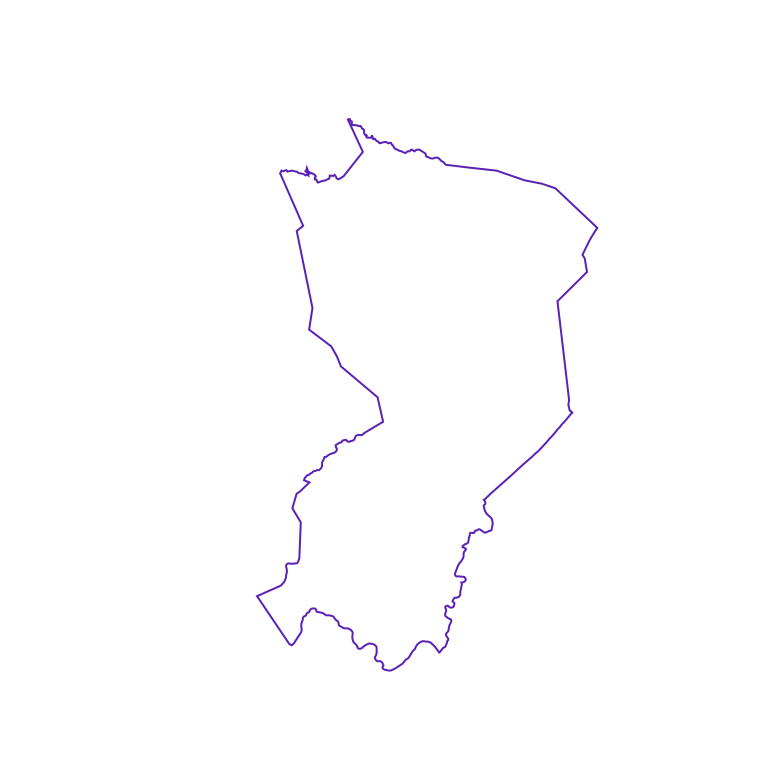 the district of Goh, Fromager, Ivory Coast, rotated 130°
{"feature_id": "98640826B83650084589555", "entity_name": "Goh", "entity_type": "district", "adm_level": 2, "iso_a3": "CIV", "parent_name": "Ivory Coast", "parent_adm1": "Fromager", "projection": "orthographic", "projection_center": [-5.701, 6.152], "detail": "fine", "context": "isolated", "style": "outline", "palette": "violet", "viewbox_px": 768, "rotation_deg": 130, "n_neighbors": 0, "source": "geoboundaries", "source_scale": "gbopen_adm2", "svg_char_len": 6154}
<svg xmlns="http://www.w3.org/2000/svg" viewBox="0 0 768 768"><g transform="rotate(130 384 384)"><path d="M644.1,289.2L643.8,288.5L643.6,287.0L642.7,286.6L640.9,286.2L638.7,286.5L637.4,286.8L635.3,286.9L633.5,287.3L632.0,287.3L627.9,287.9L626.9,288.1L625.5,288.8L622.6,291.8L620.8,293.2L617.2,294.5L615.4,295.8L613.3,295.9L611.8,295.0L611.1,295.1L610.2,295.6L609.1,295.5L608.5,295.6L607.1,294.8L605.2,295.3L604.1,295.4L603.2,295.3L602.3,294.8L601.4,293.9L600.4,292.6L600.3,291.8L600.7,290.6L601.3,290.0L601.7,289.0L599.4,285.0L598.9,283.7L598.5,282.2L598.6,280.6L598.5,279.9L598.2,279.4L596.4,277.3L594.9,274.3L594.7,273.2L595.6,269.9L595.6,266.5L596.2,265.3L597.4,264.0L597.9,263.1L596.9,257.7L594.4,254.5L593.7,251.8L593.7,250.8L594.1,249.1L594.6,248.2L596.2,246.9L597.9,245.9L598.6,245.2L599.9,243.8L601.2,241.7L601.4,240.9L601.7,237.4L602.0,236.3L603.1,234.2L603.0,233.2L602.5,232.4L600.7,231.2L598.2,230.9L595.7,230.2L592.5,228.8L590.7,226.1L590.2,225.1L589.8,222.7L590.1,221.1L590.5,220.4L593.1,218.1L595.6,216.3L596.9,215.8L598.8,215.4L599.6,215.0L600.0,214.4L600.4,213.7L600.7,212.5L600.7,211.1L600.1,210.2L598.9,209.1L598.7,208.5L598.5,206.9L598.8,205.7L599.7,203.7L600.3,203.3L602.0,203.1L602.4,202.5L602.7,201.9L602.7,201.1L602.4,199.7L599.9,195.3L599.1,194.6L595.1,192.7L587.0,190.2L585.7,190.0L581.8,190.2L581.1,190.1L578.6,189.2L577.8,189.2L569.9,190.3L567.0,190.0L564.9,190.7L561.8,191.1L559.2,190.5L557.3,189.8L556.4,189.2L555.2,187.8L554.6,186.6L553.0,184.5L552.2,182.3L552.1,181.5L552.5,176.1L554.2,169.1L553.6,168.9L548.6,169.1L546.2,168.3L545.3,168.3L542.2,169.3L540.0,170.3L538.8,170.3L537.8,171.1L537.1,173.8L536.7,174.7L536.2,175.5L535.4,175.9L531.8,175.9L529.4,177.4L526.9,178.7L523.1,179.7L522.1,180.2L521.6,180.8L521.4,181.6L522.1,183.7L522.3,187.6L521.7,188.8L520.1,189.7L517.8,190.5L517.0,191.3L516.3,192.7L515.5,193.7L514.3,193.8L513.6,193.4L512.8,192.5L512.9,190.7L512.7,189.8L512.4,189.0L511.1,187.9L510.5,187.6L509.7,187.6L506.8,188.9L506.4,190.1L506.5,191.8L504.5,192.4L502.7,192.6L501.9,192.0L501.3,191.2L499.0,189.9L498.2,189.8L497.2,190.0L496.5,190.1L494.1,192.0L487.7,195.4L486.8,196.3L486.4,197.1L485.5,196.3L483.8,195.3L482.9,195.2L481.9,195.3L481.0,195.9L480.6,196.6L480.3,197.6L480.2,198.5L483.0,202.7L484.7,204.7L484.9,205.6L484.7,206.6L483.9,207.5L483.2,207.9L475.7,210.5L472.9,211.0L470.1,211.0L466.4,211.5L464.7,212.4L463.0,213.8L461.7,214.6L460.9,214.8L459.3,214.7L457.7,215.2L457.9,217.4L458.2,218.0L458.4,219.0L457.6,219.6L454.5,218.9L453.7,218.3L452.2,217.7L450.8,217.9L447.7,219.8L445.8,220.7L445.0,220.8L443.7,221.9L442.7,222.2L441.8,221.5L440.4,219.4L439.5,219.3L438.7,219.8L437.6,219.8L436.4,218.7L434.7,218.3L434.1,217.8L433.7,216.4L433.2,211.5L432.4,210.5L429.0,209.0L428.5,208.5L427.2,207.8L426.5,207.9L421.2,210.9L420.5,211.5L418.3,214.3L417.6,216.4L417.6,219.8L417.1,223.4L416.5,224.3L416.0,225.7L415.1,227.0L414.0,228.2L413.6,229.0L412.5,229.5L410.6,229.3L409.6,230.2L409.1,231.1L408.6,233.0L407.3,232.6L399.4,231.8L373.2,227.9L356.2,225.7L345.1,223.9L339.4,223.3L337.1,222.8L334.1,222.5L321.9,222.0L320.4,222.1L315.4,221.8L311.3,221.7L306.7,221.9L304.7,221.6L301.4,221.8L295.9,221.5L286.4,221.5L285.4,221.4L285.1,221.2L284.7,221.6L285.0,222.6L284.7,223.6L284.9,224.3L284.8,225.0L284.2,225.6L283.6,226.5L282.6,227.7L281.7,229.2L277.3,231.9L209.1,304.3L167.7,300.5L158.8,310.9L157.5,315.0L142.5,318.7L139.1,319.4L127.3,321.0L123.9,378.5L129.2,392.0L137.5,407.0L148.2,434.9L163.4,457.7L176.3,477.5L176.2,479.0L175.8,480.4L175.8,481.5L176.3,483.0L175.9,487.7L176.4,488.7L177.8,490.3L179.8,491.4L180.6,492.4L181.2,493.4L181.7,495.7L182.5,497.5L182.4,498.2L180.9,500.2L180.9,501.8L181.1,502.5L181.8,507.7L183.3,509.3L184.5,510.0L186.2,510.2L186.6,513.4L187.4,513.9L188.6,513.9L189.3,514.0L190.7,515.5L192.3,515.8L193.3,516.2L193.7,516.9L194.4,519.2L194.4,520.0L195.6,522.4L195.9,524.3L196.7,526.4L196.3,527.7L196.5,528.2L196.2,529.1L195.6,529.9L195.6,531.5L194.8,533.8L195.6,534.6L196.7,535.2L197.0,536.0L197.0,537.0L197.7,538.5L199.5,540.1L201.9,541.6L202.3,542.1L202.4,543.2L202.0,543.7L202.0,544.3L202.5,545.3L202.6,545.7L202.3,547.8L202.0,548.7L203.4,549.6L203.2,550.3L201.7,552.0L201.5,552.5L201.9,552.8L202.3,552.6L202.4,552.0L203.0,551.8L203.5,552.2L204.4,553.0L206.3,555.7L205.8,556.6L204.7,557.0L204.6,557.4L205.1,557.4L205.4,557.8L205.0,559.9L204.0,561.1L202.8,561.9L202.4,562.5L202.1,564.1L202.4,565.0L201.4,567.8L202.3,568.5L202.6,569.2L202.9,569.7L202.8,570.4L203.9,571.8L204.5,573.2L205.5,573.8L205.8,574.5L205.8,575.3L205.0,576.5L203.6,577.3L203.9,579.0L203.1,580.5L203.5,581.3L204.7,581.5L219.8,549.4L251.0,548.5L254.9,549.8L256.6,550.6L256.9,552.6L256.0,554.2L255.6,556.3L257.4,556.7L258.2,558.2L259.3,559.5L260.5,558.5L262.2,558.1L263.9,559.1L265.7,559.8L268.6,562.1L272.1,564.0L271.8,565.8L270.8,567.1L271.7,568.4L270.5,569.6L268.8,569.7L268.3,571.3L268.5,573.1L268.9,574.9L270.4,576.1L269.5,577.5L270.1,579.1L268.9,580.3L268.1,581.9L269.7,581.0L271.4,581.1L271.6,577.5L272.9,576.0L273.1,577.7L274.7,578.2L274.7,579.9L275.4,581.8L277.4,585.1L277.2,586.9L278.9,589.9L279.5,591.5L283.4,594.6L282.9,596.3L285.9,598.0L286.4,599.7L288.1,599.1L289.3,599.1L314.8,547.6L322.9,549.2L371.8,487.6L390.5,476.3L389.1,448.5L393.2,437.6L398.2,428.4L398.3,380.4L413.5,360.4L433.6,367.4L437.4,368.1L438.6,369.6L439.7,371.1L441.4,372.2L443.6,371.8L445.5,371.0L447.5,371.5L449.2,372.9L451.0,373.7L451.5,375.4L451.2,377.2L452.5,378.5L454.4,379.4L456.1,379.2L457.8,380.4L461.8,381.7L463.1,380.6L463.8,378.6L465.3,377.5L467.7,377.5L472.9,380.5L474.6,381.0L476.8,381.4L478.2,382.6L479.9,381.9L483.6,381.1L485.0,380.3L486.3,378.8L488.2,378.2L490.0,378.1L491.8,378.5L493.0,379.9L494.9,380.8L496.3,382.0L498.3,382.1L500.1,382.9L501.8,383.1L503.5,384.2L505.2,384.2L506.9,384.3L509.1,383.4L507.3,377.9L520.0,379.2L524.3,380.4L538.1,374.3L543.5,358.8L570.8,337.7L572.4,336.6L575.6,335.5L576.5,335.4L577.3,335.5L581.0,339.1L582.9,341.9L583.7,342.4L584.3,342.6L585.1,342.6L586.0,342.3L586.8,341.6L588.9,338.9L590.1,337.8L591.1,337.2L593.7,335.9L595.0,334.9L595.7,334.5L598.8,333.5L599.9,333.3L603.1,333.3L604.2,333.4L605.5,333.8L628.1,344.9L644.1,289.2Z" fill="none" stroke="#5b21b6" stroke-width="2"/></g></svg>